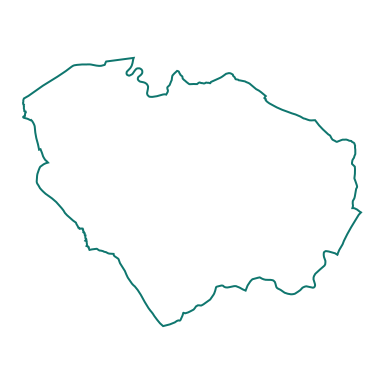 outline of Maha Chana Chai, Yasothon, Thailand
{"feature_id": "78962969B6297471410312", "entity_name": "Maha Chana Chai", "entity_type": "district", "adm_level": 2, "iso_a3": "THA", "parent_name": "Thailand", "parent_adm1": "Yasothon", "projection": "mercator", "projection_center": [104.234, 15.506], "detail": "fine", "context": "isolated", "style": "outline", "palette": "teal", "viewbox_px": 384, "rotation_deg": 0, "n_neighbors": 0, "source": "geoboundaries", "source_scale": "gbopen_adm2", "svg_char_len": 5768}
<svg xmlns="http://www.w3.org/2000/svg" viewBox="0 0 384 384"><path d="M133.7,57.9L106.2,61.5L105.7,62.3L104.8,64.7L104.6,64.9L101.2,65.8L99.3,65.9L96.5,65.6L92.8,64.9L91.4,64.6L89.9,64.4L81.8,64.5L76.9,64.9L74.3,65.3L73.0,65.8L71.6,66.7L65.9,71.0L62.5,73.3L57.4,76.7L42.9,85.7L28.3,96.0L27.7,96.3L23.9,98.5L23.4,99.9L23.3,100.4L23.3,102.0L23.0,103.0L23.3,103.6L23.3,104.3L24.0,104.8L23.7,105.9L24.0,106.7L23.8,108.1L24.2,109.7L24.3,111.2L24.5,111.4L25.3,111.4L25.6,111.5L25.8,112.5L25.2,113.3L24.9,115.1L25.0,115.8L24.9,116.0L24.7,116.2L24.1,116.2L23.7,116.4L23.2,116.9L23.2,117.2L23.5,117.6L24.0,117.8L27.6,118.8L30.7,120.3L31.1,120.0L32.2,121.1L33.5,123.3L34.4,125.3L34.7,126.4L35.3,132.6L36.3,138.1L38.0,144.4L39.1,149.7L40.5,149.2L42.0,153.0L43.1,156.4L43.8,157.7L45.1,159.8L46.9,161.4L48.0,162.6L45.6,163.3L43.6,164.3L40.3,166.7L39.8,167.5L38.9,169.6L37.4,174.0L37.1,175.8L36.7,181.5L36.9,182.8L37.5,184.0L38.5,185.5L40.0,188.2L41.6,190.0L43.3,191.7L45.6,193.8L51.9,198.3L56.2,202.0L61.7,208.2L63.5,210.5L64.9,212.9L67.0,215.2L73.1,220.6L75.9,222.6L76.6,224.4L77.4,225.6L78.5,227.9L79.3,227.9L79.6,228.8L81.7,228.5L82.0,228.7L82.5,228.6L82.6,228.9L83.0,229.1L83.1,229.3L82.9,229.8L83.1,230.7L83.7,231.4L83.3,232.2L83.9,232.8L84.4,232.8L84.6,233.0L84.8,233.8L84.7,234.6L84.8,235.2L84.9,235.4L85.5,235.5L85.3,237.0L85.5,238.3L86.1,238.7L86.1,239.4L86.4,239.9L86.3,240.1L86.1,240.2L85.9,240.2L85.7,240.0L85.2,240.7L85.4,240.8L86.4,240.9L86.7,241.2L86.7,242.9L86.9,243.7L87.0,245.2L86.5,246.0L86.9,246.2L87.6,246.1L87.9,246.3L88.1,246.9L88.6,247.0L88.8,247.3L88.6,247.7L88.7,248.0L89.5,249.9L91.9,249.4L96.5,248.8L97.0,248.9L98.9,250.2L99.5,250.5L100.8,250.6L102.9,251.1L104.0,251.7L106.1,252.2L107.9,253.2L109.2,253.6L113.6,253.9L113.9,255.5L114.7,256.3L118.2,258.7L118.6,259.3L120.0,263.2L124.9,271.0L126.3,274.4L127.8,277.6L132.0,283.7L133.5,285.3L134.8,286.4L137.7,290.0L140.8,294.8L144.7,301.9L148.5,308.1L150.5,310.8L151.3,311.7L152.2,312.9L152.5,313.2L154.5,316.3L157.2,319.9L160.0,323.3L163.1,326.1L169.8,324.4L174.8,322.4L176.8,321.0L177.8,320.6L178.3,320.4L179.4,320.6L180.0,320.5L180.5,320.0L182.5,315.6L183.3,312.9L183.6,312.8L185.1,313.3L185.5,313.2L187.9,312.5L190.4,311.3L193.4,309.7L193.8,309.4L195.0,307.9L196.0,306.4L196.8,306.0L197.6,305.4L198.7,305.3L200.7,305.5L201.2,305.5L202.1,305.1L203.5,304.3L210.2,299.5L213.6,294.6L214.2,293.5L215.2,290.7L216.0,287.5L216.4,286.9L217.1,286.6L221.5,285.5L222.1,285.5L223.1,285.8L224.2,286.8L225.4,287.3L227.2,287.5L229.1,287.2L234.3,286.1L235.9,286.1L239.6,287.6L243.0,289.5L245.6,290.6L247.6,285.5L250.3,281.4L252.0,279.6L252.6,279.2L258.2,277.7L259.8,277.4L261.9,278.6L263.6,279.3L265.7,279.8L270.7,279.9L272.1,280.1L273.4,280.5L274.8,281.9L275.4,283.5L276.1,286.2L276.5,287.3L277.0,287.9L277.8,288.5L280.6,289.9L284.6,292.7L287.6,293.7L289.2,294.0L291.0,294.3L292.8,294.2L294.3,293.9L295.1,293.6L298.2,291.6L300.3,290.1L302.5,287.7L304.1,286.9L305.2,286.5L306.4,286.3L312.9,287.7L313.8,287.5L314.5,286.9L314.9,286.1L315.1,285.1L314.9,283.9L313.5,279.3L313.6,277.3L314.1,275.9L315.3,273.8L320.1,269.4L324.5,265.6L325.2,264.3L325.4,262.4L325.4,260.9L324.0,257.0L323.7,255.0L323.8,252.9L324.0,252.3L324.6,251.7L325.8,251.1L326.8,251.2L328.7,251.5L335.1,253.3L338.2,255.3L337.3,254.6L339.3,249.9L342.6,244.3L343.9,240.9L347.3,234.1L351.1,227.3L358.1,215.8L358.8,214.7L361.0,212.4L359.7,211.6L357.0,209.5L354.5,208.3L353.5,208.1L352.4,208.1L353.0,206.0L352.7,203.3L352.8,201.2L353.1,200.5L354.2,198.6L354.4,198.1L354.8,196.6L356.1,189.1L356.3,188.6L357.0,187.3L357.1,186.4L356.7,184.9L355.4,181.1L354.5,178.7L354.4,178.2L354.9,173.9L355.0,169.3L354.8,166.6L352.1,164.0L352.0,163.8L352.0,162.7L352.4,160.4L352.8,159.5L354.0,157.7L354.4,156.2L355.1,154.5L355.3,154.0L355.3,151.5L355.3,149.8L355.0,147.4L355.1,145.7L354.3,143.3L353.7,142.7L353.1,142.4L352.3,142.1L351.3,141.0L349.2,140.7L347.7,140.0L346.3,139.6L342.5,139.7L340.8,140.3L337.0,141.8L336.6,141.8L335.9,141.5L334.6,140.7L333.1,140.0L332.4,139.5L331.6,138.4L330.3,135.9L329.8,135.3L328.4,134.5L323.0,129.5L319.1,125.4L315.1,120.2L311.2,120.4L309.6,120.3L307.9,119.8L304.9,118.7L303.5,118.4L300.5,116.6L295.6,114.5L292.0,113.4L287.7,111.8L282.2,109.8L276.8,107.4L269.4,103.4L267.2,101.8L265.8,100.4L265.5,99.6L265.8,99.2L264.4,98.0L265.1,96.9L265.8,96.1L261.1,92.2L258.9,90.6L256.1,89.1L249.6,83.6L248.3,82.9L246.3,82.1L245.0,81.4L239.4,80.3L238.9,80.3L238.1,79.7L235.6,79.2L234.6,77.2L233.2,75.9L233.0,75.5L233.0,75.0L232.7,74.5L230.9,73.5L230.4,73.3L229.0,73.1L228.5,73.2L226.1,73.8L222.4,76.5L220.6,77.6L218.0,78.8L211.1,81.9L210.8,82.2L210.4,83.0L210.2,83.2L209.9,83.2L208.7,82.8L207.3,82.8L206.5,82.6L205.8,82.7L205.0,83.2L204.0,83.5L201.7,83.0L201.2,83.1L200.1,82.6L199.5,82.5L198.9,82.7L198.3,83.1L197.0,84.1L193.5,84.0L189.7,84.2L188.9,83.9L186.7,82.2L184.8,80.5L184.2,80.1L182.8,78.7L182.6,78.2L182.4,76.7L182.1,76.2L181.6,75.9L180.4,74.8L180.2,74.2L179.7,73.6L178.8,71.6L177.9,71.1L177.1,70.9L174.1,73.7L172.6,75.4L172.3,76.0L172.0,77.7L171.7,80.1L171.0,81.6L169.7,84.9L169.4,85.3L167.6,87.0L167.3,87.6L167.4,88.9L167.9,90.2L167.9,91.0L167.6,92.1L166.2,94.6L165.5,94.4L164.6,94.3L163.0,94.5L156.9,96.2L152.3,96.9L150.0,96.8L149.3,96.6L148.9,96.4L147.7,95.2L147.5,94.9L147.1,93.7L147.1,92.8L147.9,88.9L148.1,86.8L148.0,86.2L147.2,84.6L146.5,83.8L145.0,82.8L143.6,82.3L140.1,81.6L139.4,81.2L138.4,80.3L137.9,79.5L137.8,79.0L137.9,78.1L138.2,77.2L138.5,76.9L141.0,74.8L141.8,73.8L142.2,73.0L142.3,72.5L142.3,71.2L142.1,70.4L141.4,69.4L140.2,68.6L139.4,68.3L137.8,68.3L136.5,68.7L135.0,70.3L132.5,73.9L131.7,74.5L129.5,75.6L128.8,75.6L127.6,75.1L127.0,74.7L126.7,74.2L126.5,73.2L126.7,72.2L126.8,71.8L127.1,71.4L130.1,68.3L130.6,67.6L131.5,66.1L131.9,65.1L132.5,63.1L133.2,59.4L133.7,57.9Z" fill="none" stroke="#0f766e" stroke-width="2"/></svg>